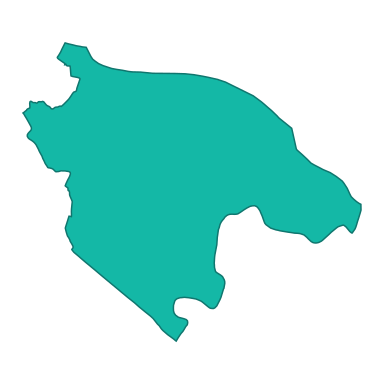 the district of Mang Thit, Vĩnh Long, Vietnam
{"feature_id": "81297802B20675443699466", "entity_name": "Mang Thit", "entity_type": "district", "adm_level": 2, "iso_a3": "VNM", "parent_name": "Vietnam", "parent_adm1": "Vĩnh Long", "projection": "orthographic", "projection_center": [106.063, 10.182], "detail": "fine", "context": "isolated", "style": "filled", "palette": "teal", "viewbox_px": 384, "rotation_deg": 0, "n_neighbors": 0, "source": "geoboundaries", "source_scale": "gbopen_adm2", "svg_char_len": 5524}
<svg xmlns="http://www.w3.org/2000/svg" viewBox="0 0 384 384"><path d="M86.2,47.3L82.4,46.9L80.2,46.4L76.4,45.8L73.0,44.9L68.6,43.9L65.1,42.9L64.8,43.4L64.1,44.8L61.8,49.4L60.7,51.9L58.5,55.6L57.6,56.8L57.3,57.4L57.5,58.0L57.7,58.3L58.7,59.2L62.4,61.8L63.7,62.7L64.8,63.5L65.0,63.8L64.8,64.5L64.7,64.8L64.8,64.8L65.3,64.6L66.0,64.4L66.4,65.3L67.0,65.8L67.4,65.9L69.9,66.0L70.1,66.2L70.3,68.0L70.4,68.9L70.8,74.1L71.0,75.9L72.6,76.5L74.3,76.8L77.8,77.5L79.4,78.1L79.8,78.4L80.0,79.0L79.6,80.2L79.1,81.7L77.6,86.1L76.9,88.2L76.5,90.4L76.0,91.2L75.5,91.5L74.7,91.8L73.6,92.2L72.5,93.6L71.1,95.8L69.4,98.3L68.7,99.2L66.7,101.3L63.6,104.4L61.3,106.4L61.0,106.3L60.4,106.1L59.2,106.3L58.3,106.8L57.4,107.1L56.6,107.1L55.8,107.2L55.2,107.3L54.3,107.9L53.3,108.7L52.9,108.9L52.4,108.9L51.8,108.9L51.3,108.7L50.6,107.9L50.1,107.2L49.3,106.6L48.8,106.3L48.0,106.0L47.2,105.6L46.4,105.0L45.0,103.4L44.1,102.2L43.5,101.7L42.9,101.5L42.4,101.4L41.7,101.7L40.9,101.8L40.3,101.7L39.6,101.7L39.0,101.7L38.4,101.8L37.8,102.4L37.2,102.9L36.7,103.1L36.1,103.0L35.7,102.7L35.1,102.6L34.2,102.6L33.2,102.6L32.7,102.4L32.2,102.0L31.5,101.6L31.0,101.3L30.7,101.3L30.4,101.4L30.1,101.6L30.0,101.9L29.7,103.2L29.7,103.8L29.8,104.9L29.9,106.9L29.8,107.4L29.8,107.9L29.5,108.1L29.0,108.3L28.3,108.6L27.7,108.9L27.3,109.2L26.8,109.6L26.5,110.3L26.1,110.6L25.4,111.1L24.4,112.0L23.0,113.0L24.0,114.2L24.9,115.9L25.8,117.3L26.7,118.8L27.2,119.7L28.1,121.3L30.2,125.1L30.9,126.4L31.3,127.4L31.4,127.9L31.4,128.5L31.4,129.1L31.0,130.1L30.5,130.8L29.5,131.8L28.1,133.4L27.6,134.3L27.4,134.6L27.3,135.1L27.3,135.4L27.3,135.6L27.3,135.9L27.3,136.2L27.4,136.6L28.4,138.2L28.8,138.6L29.9,139.4L31.4,140.3L32.8,141.3L34.0,142.3L35.1,143.5L36.1,144.8L37.2,146.9L38.3,149.0L39.2,151.1L40.2,153.0L42.0,156.2L42.8,158.5L44.0,160.8L44.5,161.9L45.1,163.3L45.9,164.6L46.7,165.7L47.3,166.7L47.8,167.5L48.5,167.8L49.9,168.0L51.1,168.3L52.0,168.6L52.6,168.9L53.3,169.4L54.3,170.4L55.0,171.1L55.5,171.6L56.1,171.7L56.8,171.7L58.8,171.5L61.1,170.8L62.5,170.9L65.0,170.9L66.5,171.2L67.3,171.3L68.7,171.5L69.5,171.9L70.0,172.2L70.3,172.8L70.4,173.9L70.1,174.9L69.7,176.1L69.0,177.6L67.7,180.0L66.0,183.7L65.2,185.8L65.4,186.1L66.7,187.1L67.9,188.0L68.0,189.1L68.0,189.8L68.1,190.3L68.4,190.7L68.9,190.8L69.2,191.2L69.3,191.5L69.5,192.1L69.6,194.3L69.6,194.9L70.0,196.1L71.5,199.6L72.1,201.1L72.2,201.6L72.2,202.4L72.0,204.0L71.5,209.0L71.4,211.5L71.5,215.1L71.5,215.6L71.4,216.6L70.1,216.3L69.0,216.2L68.3,218.4L67.7,220.4L66.4,224.5L65.6,227.0L65.3,228.1L66.1,231.5L66.8,233.9L67.5,236.0L68.8,237.9L69.8,239.9L70.2,241.3L71.6,243.6L72.4,245.1L72.9,246.1L73.1,247.0L73.0,247.8L71.8,249.4L72.2,250.2L74.0,252.4L78.8,256.4L80.8,258.2L85.6,262.3L86.7,263.2L94.8,269.9L102.6,276.5L113.3,285.4L117.9,289.2L121.2,292.0L127.6,297.3L134.4,302.7L139.0,306.8L145.1,311.8L150.5,316.1L153.2,318.6L157.5,324.1L159.2,325.7L161.3,328.8L163.0,330.6L167.6,334.6L169.8,336.2L173.5,338.9L175.5,340.6L176.2,341.1L178.2,337.7L180.2,334.7L181.1,333.4L182.9,331.4L184.3,329.1L185.8,326.5L187.2,324.9L187.3,324.7L187.7,322.8L187.6,321.7L187.4,320.7L186.1,319.5L183.9,318.7L181.3,318.0L179.2,317.5L177.8,316.9L177.0,316.2L175.7,315.3L174.6,313.8L174.0,312.7L173.5,310.7L173.4,308.0L173.5,305.3L174.4,302.2L175.0,300.5L176.2,299.3L177.1,298.7L178.5,298.2L180.1,297.7L181.9,297.6L183.5,297.4L184.9,297.3L185.4,297.4L186.3,297.5L188.6,297.7L192.3,298.3L196.0,299.0L198.3,299.9L201.2,301.2L202.7,302.3L207.9,306.6L209.5,307.8L210.3,308.2L211.4,308.4L212.5,308.5L213.5,308.5L214.8,307.9L216.8,305.9L219.9,299.8L221.0,297.2L223.3,289.6L223.6,288.7L223.9,288.4L224.8,283.3L224.7,281.3L224.2,279.7L222.5,276.6L221.2,275.5L219.9,274.6L218.3,273.6L217.0,272.8L215.6,271.6L215.4,271.0L214.5,267.5L214.4,264.9L214.2,263.0L214.3,262.2L214.6,257.1L214.9,254.7L215.1,253.7L216.5,246.3L216.8,244.9L217.3,237.3L217.5,236.1L218.4,229.7L219.2,227.6L220.0,224.5L221.0,222.4L222.3,220.5L223.8,218.8L225.0,217.0L225.3,216.8L226.8,215.5L228.1,214.8L229.8,214.3L231.4,214.2L232.7,214.2L234.2,214.3L236.2,214.2L237.8,213.9L240.4,212.3L244.0,209.8L246.9,208.0L249.6,206.6L250.3,206.3L252.2,205.9L254.7,205.7L255.0,205.9L255.8,206.2L256.6,206.5L257.5,207.4L258.3,208.3L259.9,210.7L261.1,213.6L262.1,215.8L264.1,221.5L264.8,223.2L265.9,224.6L268.6,226.6L270.7,228.1L273.9,229.2L276.1,229.9L277.8,230.2L280.1,230.8L287.2,232.0L291.4,232.6L294.3,233.1L297.9,233.3L300.1,233.6L301.7,234.1L302.8,234.5L304.1,235.0L306.7,237.2L307.0,237.5L308.3,238.9L311.2,241.6L313.0,242.6L314.4,242.9L315.7,243.0L316.9,242.9L318.7,242.5L321.3,241.2L322.5,240.3L328.9,234.5L331.7,231.8L331.9,231.7L336.5,227.9L338.0,226.8L339.9,226.1L342.1,225.4L343.1,225.1L343.6,225.2L344.2,225.5L346.1,227.0L349.8,231.5L351.5,232.9L352.2,233.0L353.4,231.3L355.0,229.0L355.7,227.4L356.5,225.0L357.5,221.5L358.6,218.2L360.4,212.3L361.0,210.1L361.0,209.6L360.9,204.3L359.1,203.4L356.5,201.6L353.5,199.0L351.2,196.7L349.7,193.8L347.2,188.3L344.1,183.5L342.3,181.1L336.3,176.5L330.2,172.6L324.5,170.2L322.7,169.4L320.7,168.3L314.3,165.0L311.0,163.1L307.1,159.2L302.4,154.8L297.1,150.1L296.3,148.9L292.5,131.8L291.7,128.3L279.2,118.2L278.3,117.3L277.0,115.8L274.9,113.8L271.6,110.6L267.7,107.3L264.2,104.2L261.2,101.7L253.2,95.8L228.3,83.5L225.5,82.1L218.6,79.8L217.9,79.5L208.1,77.3L202.6,76.2L193.8,74.7L185.1,73.8L175.0,73.5L164.8,73.4L152.9,73.3L142.5,72.3L140.7,72.1L132.2,71.9L128.2,71.4L122.6,70.3L116.6,69.4L111.8,68.5L108.4,67.4L103.0,65.6L98.6,63.6L95.2,61.2L92.7,59.2L90.9,56.5L88.1,51.0L86.2,47.3Z" fill="#14b8a6" stroke="#0f766e" stroke-width="1.5"/></svg>